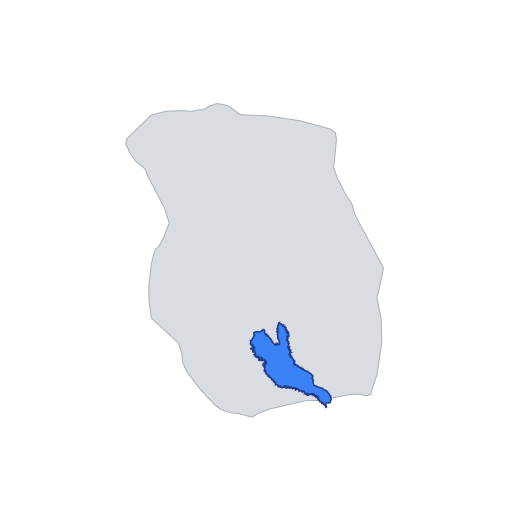 Seate, Mokhotlong, Lesotho shown in context, rotated 124°
{"feature_id": "5366337B91839727568065", "entity_name": "Seate", "entity_type": "district", "adm_level": 2, "iso_a3": "LSO", "parent_name": "Lesotho", "parent_adm1": "Mokhotlong", "projection": "equal_earth", "projection_center": [28.771, -29.06], "detail": "fine", "context": "in_parent", "style": "filled", "palette": "blue", "viewbox_px": 512, "rotation_deg": 124, "n_neighbors": 0, "source": "geoboundaries", "source_scale": "gbopen_adm2", "svg_char_len": 7140}
<svg xmlns="http://www.w3.org/2000/svg" viewBox="0 0 512 512"><g transform="rotate(124 256 256)"><path d="M320.7,338.5L309.4,342.6L307.8,342.9L300.6,342.0L291.0,343.0L283.4,345.2L277.5,346.1L267.9,357.9L250.5,389.9L245.9,396.6L244.6,409.1L240.6,419.0L235.7,426.8L230.9,428.6L216.3,425.6L197.7,421.6L186.8,412.0L177.2,399.3L172.0,390.1L166.7,385.1L164.9,382.2L157.3,378.0L154.4,375.8L151.9,374.2L148.8,368.1L147.0,362.8L147.6,347.9L142.2,339.1L133.0,324.0L127.1,311.6L119.1,294.7L114.2,280.2L109.1,265.2L109.7,258.8L114.5,254.4L128.5,246.8L139.4,241.0L147.2,230.2L155.7,214.2L159.8,204.6L164.0,200.2L168.5,193.4L176.3,178.4L185.1,161.7L194.5,143.7L206.5,138.5L222.8,132.5L238.4,116.8L257.1,103.5L287.2,89.1L301.3,85.5L306.6,83.4L310.0,86.1L313.6,94.3L318.8,101.2L330.7,113.2L335.7,116.1L348.0,133.8L361.1,146.0L376.2,160.0L386.5,166.9L391.7,168.9L396.1,181.3L400.5,190.5L402.9,199.1L402.4,207.5L397.6,228.0L390.6,248.9L385.0,257.6L378.2,263.1L371.6,271.4L369.0,288.2L366.0,307.9L357.3,316.0L350.6,321.3L341.3,327.9L320.7,338.5Z" fill="#d9dde1" stroke="#a8b0b8" stroke-width="1"/><path d="M338.5,202.4L338.2,200.8L339.0,201.0L338.6,200.5L339.4,200.3L339.8,199.5L339.3,197.4L338.7,197.4L338.4,198.5L338.2,198.6L337.8,197.5L338.6,196.4L340.7,195.5L340.2,194.7L339.9,194.6L339.1,195.5L338.8,195.5L338.3,194.3L337.9,194.0L337.5,194.7L337.1,194.9L337.2,193.5L338.0,192.4L338.5,192.6L338.6,193.9L339.2,193.8L340.1,194.3L340.3,194.1L339.5,193.6L339.4,192.8L338.3,191.2L337.5,190.7L338.0,190.5L337.6,188.6L338.3,188.2L338.7,189.1L339.7,189.6L339.9,188.8L339.5,187.7L339.8,187.3L340.0,188.1L341.7,189.7L341.8,189.0L341.1,188.3L342.3,187.9L342.3,186.9L342.7,186.5L343.0,186.7L342.9,187.5L343.1,188.1L343.6,186.4L343.9,186.5L344.5,185.8L345.3,185.5L345.3,184.8L346.1,185.2L346.7,185.0L346.7,184.4L346.2,183.5L346.7,183.6L347.5,182.8L347.3,181.8L348.0,181.6L348.3,181.0L347.9,179.8L348.9,178.8L348.1,177.9L348.8,177.4L348.6,176.6L349.0,176.6L348.6,175.5L349.4,174.5L349.1,173.8L349.6,173.6L348.9,173.0L349.5,172.4L349.3,171.6L350.3,171.5L350.3,171.2L349.6,171.1L350.3,170.1L349.8,169.1L350.1,168.8L350.6,169.1L351.0,168.1L351.9,167.9L351.1,167.0L350.8,166.1L351.7,165.0L351.9,164.3L351.8,164.0L351.5,164.3L351.2,163.7L350.5,163.7L350.2,163.5L350.9,162.4L350.3,162.0L350.6,160.6L349.9,160.4L349.0,159.3L348.3,159.9L347.7,159.6L347.3,158.7L347.9,158.6L348.8,157.5L348.8,157.1L348.5,156.9L348.5,157.6L348.1,157.8L347.3,156.6L346.5,157.0L346.2,156.8L346.2,156.2L346.6,156.2L347.0,155.8L346.7,153.9L346.4,153.8L346.0,154.5L345.6,154.5L345.7,153.3L345.1,153.4L344.9,153.1L345.5,151.4L344.9,151.5L344.0,151.1L344.0,150.8L344.5,150.4L344.3,149.9L342.9,149.0L343.0,148.5L344.0,149.0L345.0,148.3L344.1,148.0L343.6,147.4L343.2,147.3L343.4,146.7L342.6,146.3L342.6,145.9L343.0,145.2L344.1,144.7L342.3,143.4L342.2,142.9L342.8,142.5L342.9,141.6L342.4,141.7L341.9,142.7L342.0,141.9L341.4,141.9L341.3,140.6L341.8,140.4L341.8,139.8L342.8,139.1L342.3,139.0L342.1,138.4L342.9,137.4L342.8,136.9L341.7,137.3L341.3,136.7L342.5,136.1L342.6,135.3L342.1,134.9L340.9,135.2L340.7,135.0L341.1,134.5L340.3,134.4L340.2,134.0L340.6,133.7L340.1,132.8L339.9,132.8L339.7,133.3L338.8,132.6L339.2,131.9L338.5,131.7L339.3,130.9L338.0,130.9L337.8,130.7L338.0,130.3L339.1,129.8L339.3,129.2L339.1,128.7L338.5,129.5L338.3,128.8L338.9,128.2L338.0,127.7L338.5,127.0L339.1,127.4L339.4,127.2L338.0,126.3L339.3,126.0L339.2,125.7L338.5,125.6L338.7,124.8L339.8,124.8L340.3,124.3L339.8,124.0L339.7,123.5L339.9,123.2L340.4,123.5L340.4,122.5L341.1,121.4L340.9,121.1L340.6,121.4L340.4,121.0L340.5,120.4L340.2,120.0L340.2,118.1L340.5,118.1L340.5,118.8L340.9,119.3L341.4,119.1L340.9,117.3L341.3,116.0L341.1,115.5L341.2,114.7L341.9,114.3L342.1,113.7L342.4,113.4L341.8,113.1L340.5,114.5L339.8,115.9L339.3,115.8L338.3,115.5L337.7,114.7L337.4,113.6L336.1,112.6L334.7,113.3L333.9,113.1L333.1,113.4L331.7,114.5L331.6,115.3L331.2,115.7L330.4,115.6L330.3,116.9L329.5,118.5L328.4,121.5L328.3,123.3L328.8,123.4L328.9,123.9L328.9,125.3L328.4,126.8L329.9,130.9L330.4,134.5L330.9,135.1L330.8,135.7L329.0,138.0L327.3,138.7L326.6,139.4L325.7,141.3L324.8,141.2L323.6,141.8L323.4,142.2L323.2,143.8L323.0,144.3L323.2,144.6L323.0,144.9L323.0,146.3L323.3,146.4L323.0,147.1L323.2,147.8L322.8,148.9L323.6,149.9L323.3,150.7L323.6,151.5L323.5,152.8L324.0,153.5L323.7,153.9L323.3,153.6L323.1,154.1L323.5,154.4L323.3,155.0L324.0,155.2L323.9,156.6L323.5,156.7L324.1,157.1L324.2,157.6L323.9,158.0L324.2,158.6L323.6,159.2L323.6,159.9L324.0,160.2L323.4,160.5L323.9,161.2L323.9,162.2L324.5,162.4L324.3,163.1L324.7,163.3L324.1,163.6L324.3,163.9L323.4,164.9L323.2,164.8L323.2,164.0L322.7,164.7L321.8,164.9L321.8,165.2L322.3,165.5L321.5,165.4L321.7,166.6L321.1,166.7L320.6,167.6L320.7,168.5L320.0,169.5L320.3,170.1L319.7,170.2L320.2,170.7L319.3,170.7L319.4,171.4L319.9,171.7L319.7,172.2L318.8,172.4L319.1,173.4L317.8,173.5L318.3,173.0L318.0,172.7L317.2,173.8L316.8,173.4L317.0,174.1L316.9,174.2L316.1,173.4L315.8,174.2L315.2,174.4L315.4,174.8L315.2,174.9L315.3,175.3L314.8,175.1L315.2,176.4L314.5,176.6L314.2,177.6L313.7,176.8L313.5,177.0L313.5,177.4L314.2,178.1L314.1,178.4L312.8,177.6L313.1,178.9L311.7,179.0L311.5,179.4L310.2,179.6L310.3,180.3L309.5,180.6L309.8,181.1L308.9,181.1L308.9,182.7L308.2,182.5L307.9,182.8L307.8,183.2L308.2,183.7L308.0,184.1L307.3,184.2L306.7,183.6L306.5,184.2L305.4,184.0L305.2,185.0L305.4,185.4L305.1,185.5L304.9,185.1L305.0,184.0L304.2,183.8L303.2,184.6L303.2,185.2L302.5,185.0L302.2,185.2L302.5,186.7L302.3,187.2L301.1,186.6L301.1,187.9L300.7,188.7L301.6,188.4L301.8,188.8L300.1,189.0L300.4,190.6L299.5,190.6L299.1,191.3L298.7,191.3L299.2,192.3L298.2,192.7L298.8,193.3L298.8,194.3L299.1,194.6L298.7,194.9L297.9,194.7L298.1,195.2L298.6,195.6L298.6,196.3L298.1,197.2L298.9,198.3L298.8,198.9L298.0,199.3L298.9,199.8L300.1,198.9L300.5,199.1L301.3,198.7L301.6,199.0L302.4,198.3L304.7,197.9L305.1,197.4L305.2,197.0L304.9,196.9L305.3,196.8L305.5,196.3L305.7,196.5L305.9,196.2L306.3,196.3L306.5,196.0L306.8,196.2L306.8,195.5L307.2,195.8L307.2,195.2L307.7,194.8L308.9,194.7L309.4,193.9L312.1,191.9L313.1,189.6L315.7,187.2L316.4,187.3L316.6,187.6L316.7,190.0L317.0,190.4L317.7,190.2L318.2,189.0L318.8,189.2L319.0,190.7L318.7,192.6L318.0,194.4L318.1,194.8L317.2,195.7L316.8,196.8L316.9,197.3L316.5,197.7L316.6,198.2L316.3,198.2L316.3,199.5L316.0,200.0L316.0,201.0L315.6,201.0L315.8,201.6L315.5,201.8L315.9,202.0L315.5,202.4L315.7,202.7L315.5,202.9L315.8,203.0L315.3,203.4L315.4,204.0L315.2,204.1L315.5,204.3L315.1,204.6L315.4,205.0L314.6,206.3L314.1,206.4L314.0,206.8L313.0,207.1L313.0,207.7L312.6,208.3L312.7,208.7L313.7,209.4L315.9,209.6L317.7,211.6L318.1,212.7L318.8,213.6L319.7,214.4L320.3,214.4L320.8,214.9L321.8,214.2L322.6,212.8L323.7,213.1L324.3,212.5L325.2,212.9L326.2,212.6L326.9,212.8L327.4,212.4L327.7,212.5L328.1,212.3L329.1,213.2L329.2,212.6L331.7,211.8L332.5,210.8L332.5,210.3L331.5,210.1L331.1,209.5L331.5,208.9L332.8,208.9L332.9,208.2L332.5,207.1L332.5,206.0L333.5,205.6L334.8,208.3L335.8,208.6L336.0,207.9L334.8,206.9L334.8,205.9L336.3,205.8L337.1,205.1L337.3,204.6L336.9,204.1L335.6,205.0L335.4,204.5L335.7,203.6L337.2,201.9L338.5,202.4Z" fill="#3b82f6" stroke="#1e3a8a" stroke-width="1.5"/></g></svg>